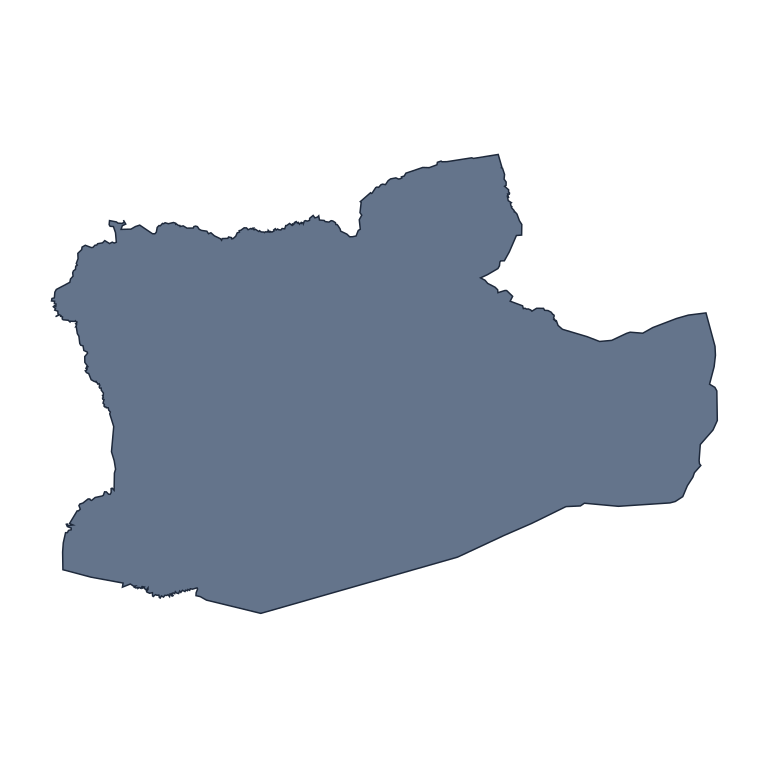 outline of Nueva Ecija, Nueva Ecija, Philippines, rotated 91°
{"feature_id": "2640588B46982966730152", "entity_name": "Nueva Ecija", "entity_type": "district", "adm_level": 2, "iso_a3": "PHL", "parent_name": "Philippines", "parent_adm1": "Nueva Ecija", "projection": "robinson", "projection_center": [120.823, 15.657], "detail": "fine", "context": "isolated", "style": "filled", "palette": "slate", "viewbox_px": 768, "rotation_deg": 91, "n_neighbors": 0, "source": "geoboundaries", "source_scale": "gbopen_adm2", "svg_char_len": 6125}
<svg xmlns="http://www.w3.org/2000/svg" viewBox="0 0 768 768"><g transform="rotate(91 384 384)"><path d="M615.5,503.2L555.8,307.4L533.6,261.9L520.9,234.1L503.4,199.9L502.5,185.5L499.7,181.6L502.2,147.5L497.9,96.0L496.4,90.7L491.4,83.3L480.4,78.9L471.7,73.5L467.3,72.1L459.9,65.8L458.2,67.2L454.9,67.6L439.0,66.7L424.2,54.2L414.7,50.1L385.1,51.1L381.6,53.1L378.5,58.5L360.9,54.2L349.5,53.1L340.5,53.7L307.3,63.3L309.8,80.9L313.4,92.7L322.9,116.3L328.7,126.2L327.9,138.8L329.1,142.3L336.4,157.1L337.7,169.2L333.1,181.8L326.2,206.5L322.4,211.0L317.9,212.7L318.2,213.4L317.3,213.6L317.4,214.4L316.5,215.4L316.1,214.8L315.0,215.6L312.9,215.0L311.7,215.6L311.5,216.4L309.3,218.1L307.7,221.3L307.5,224.7L305.6,225.8L305.6,232.7L308.6,237.4L307.4,238.6L306.4,241.2L306.7,242.6L305.8,244.3L306.2,246.0L303.4,246.8L299.0,259.3L294.1,256.9L288.4,263.0L288.4,264.7L290.7,271.7L287.8,272.0L285.3,274.6L281.6,282.1L278.5,284.8L276.2,289.3L272.9,282.5L266.6,272.1L263.8,270.6L260.1,270.3L258.9,269.5L258.7,265.8L249.7,261.0L233.2,254.2L232.7,249.0L222.1,249.0L218.5,251.4L211.8,254.0L209.7,255.9L209.7,256.7L208.2,257.0L205.5,259.6L204.5,259.2L203.7,260.2L201.2,260.7L200.5,259.8L198.5,263.0L195.7,263.6L195.3,262.9L194.6,263.9L193.9,263.9L194.0,263.1L191.9,263.7L192.0,262.0L190.9,261.8L189.8,262.8L187.6,262.8L184.2,266.9L183.3,265.4L179.9,265.4L177.1,267.5L172.4,267.1L166.1,269.3L165.7,270.4L164.9,270.0L152.5,273.8L156.9,298.5L156.3,300.2L160.6,324.9L160.8,329.9L160.1,330.8L161.4,334.5L163.9,334.9L166.9,342.6L166.8,349.0L172.8,365.8L175.7,367.4L176.6,370.2L177.7,369.8L178.6,371.7L178.8,373.1L177.7,375.7L178.8,381.0L180.6,383.4L184.6,386.0L184.2,388.9L184.8,390.5L187.5,392.8L187.2,394.5L187.8,395.7L193.3,399.2L193.7,400.0L193.0,400.8L202.1,410.9L202.8,410.0L213.1,411.0L215.6,409.2L220.2,411.6L229.7,410.4L230.9,412.4L236.5,414.5L237.3,418.2L237.4,420.9L234.8,423.7L231.9,430.0L229.9,430.5L226.7,432.6L225.4,433.7L225.4,434.9L223.5,435.4L221.9,438.0L221.6,439.7L223.1,441.9L222.6,445.7L221.5,446.7L221.2,451.4L217.0,452.2L218.3,453.4L219.1,456.0L216.7,457.8L219.6,461.2L221.7,461.3L222.5,463.5L222.0,465.4L222.5,466.5L225.1,467.4L224.4,467.6L223.9,469.3L224.9,469.3L224.5,470.3L225.6,471.3L224.8,471.6L224.9,472.5L224.0,472.6L224.4,473.6L223.1,474.6L223.9,476.0L224.5,475.1L224.3,476.3L225.7,476.9L225.5,478.3L226.1,478.6L226.5,477.8L227.1,478.6L225.1,481.2L227.3,484.1L227.3,485.0L230.6,486.0L230.3,488.6L231.8,489.8L231.6,492.0L230.9,493.0L231.9,494.5L230.6,495.4L231.9,497.0L232.8,496.6L234.1,498.7L233.5,500.1L234.2,500.6L232.5,502.3L233.9,502.2L233.5,503.2L234.1,503.5L233.9,505.1L234.7,506.2L234.2,506.7L234.1,509.5L232.9,511.1L233.7,511.8L231.5,515.4L232.1,516.6L231.3,517.2L230.4,516.8L230.5,518.1L231.4,518.8L230.8,519.8L232.1,522.6L230.3,524.2L230.3,526.6L232.8,529.9L233.2,531.5L234.7,531.2L235.4,533.4L238.8,534.8L241.3,537.5L241.5,538.8L240.3,539.0L239.7,542.0L241.1,542.7L241.4,548.3L243.1,548.9L241.6,550.1L238.8,556.2L235.8,559.7L236.8,562.1L234.3,563.8L233.6,569.2L232.5,571.5L229.9,573.3L229.4,575.1L229.9,576.8L231.4,577.5L231.6,583.7L229.4,587.5L230.1,590.6L229.1,590.8L229.0,592.4L227.6,594.3L227.9,595.0L226.9,595.1L226.2,597.3L227.5,602.4L226.6,605.7L227.6,607.1L227.3,608.3L229.7,610.4L229.5,611.7L231.4,613.5L236.2,614.3L237.8,615.7L237.8,618.1L229.4,631.0L230.9,635.3L233.6,639.8L234.0,649.6L230.3,648.4L228.6,645.0L224.7,647.4L226.5,646.5L228.0,648.5L227.8,652.8L226.6,654.4L225.4,661.3L229.5,661.6L231.1,660.6L231.3,657.3L237.4,655.1L246.9,654.1L247.8,656.2L246.9,658.2L248.4,660.8L245.5,665.7L247.8,667.9L248.7,672.7L250.1,673.7L250.3,675.4L252.5,677.4L252.7,679.0L250.5,685.1L252.4,688.3L254.9,688.6L258.7,692.4L264.0,692.1L268.9,693.8L270.5,692.8L271.6,694.3L274.8,694.5L276.3,696.5L278.3,697.2L281.6,696.8L284.5,699.3L287.8,699.9L295.2,713.3L297.9,714.7L303.6,715.1L304.3,717.5L306.8,717.9L307.0,714.8L309.4,715.0L309.7,713.4L312.1,713.5L311.4,714.8L312.5,716.0L314.3,713.8L315.9,714.5L316.9,711.4L319.4,711.2L320.3,710.3L322.4,713.6L320.5,709.7L321.2,708.2L322.0,708.5L322.6,706.6L324.5,706.9L325.4,705.9L325.8,700.8L327.5,699.0L326.7,698.5L326.8,694.1L326.2,693.7L327.3,692.7L327.0,691.6L327.9,692.6L329.2,692.4L329.2,693.2L330.5,692.5L332.2,693.3L332.1,692.7L339.0,691.5L341.6,689.9L348.8,688.9L350.5,687.9L351.1,685.6L355.7,684.7L357.3,681.2L358.5,681.0L361.8,683.7L367.6,683.5L371.8,680.4L372.0,681.5L373.1,681.3L372.8,681.9L373.6,682.3L374.6,681.3L375.5,681.7L376.0,682.9L377.8,681.7L378.8,679.4L384.8,676.9L386.6,673.6L386.5,671.9L387.1,672.1L387.7,670.8L389.0,670.3L388.7,668.8L389.7,668.8L390.1,668.1L392.0,668.7L393.1,668.1L393.1,666.7L395.1,666.6L397.9,664.4L400.2,664.5L400.4,665.2L402.1,664.4L403.0,665.2L404.1,664.9L404.4,663.7L408.1,664.6L409.4,663.2L410.9,663.6L411.8,662.8L411.7,661.8L412.6,661.3L412.6,659.3L414.9,658.8L416.8,657.1L418.6,657.7L431.3,653.5L456.5,655.3L465.5,652.4L473.9,650.9L477.8,652.0L494.9,652.0L492.9,654.0L493.3,655.0L497.2,654.9L499.1,655.9L499.0,657.5L496.7,659.7L496.7,661.5L500.2,662.7L500.9,663.9L502.5,670.8L505.5,674.3L505.1,675.5L504.1,676.1L504.1,677.9L508.3,683.0L509.3,686.0L510.9,686.9L514.5,685.5L516.2,687.3L516.2,688.6L529.0,696.0L530.4,692.5L531.1,697.0L529.5,698.3L529.8,699.2L532.1,698.1L533.5,694.2L535.2,694.2L535.9,696.9L538.1,697.9L538.2,699.8L548.4,701.9L557.7,702.4L575.3,701.8L582.3,673.4L587.6,641.4L591.7,642.0L588.4,634.1L590.6,630.7L590.4,628.9L591.5,630.1L592.3,628.5L591.8,626.8L592.7,626.5L591.7,625.4L592.5,623.6L590.7,622.3L590.9,621.4L592.2,621.8L591.3,620.0L592.3,620.2L594.3,618.1L592.0,616.4L593.5,616.4L595.4,617.8L596.2,617.4L597.3,614.7L596.7,611.9L599.9,611.7L600.5,611.0L598.6,608.8L599.2,607.4L599.0,605.4L601.4,604.9L601.9,604.0L599.8,602.9L600.9,600.7L599.1,599.4L599.2,597.5L598.4,596.3L600.3,594.7L597.6,594.2L597.7,593.4L599.5,592.6L599.7,591.6L599.0,591.1L597.9,592.5L597.1,592.4L596.6,591.1L597.3,589.6L595.3,589.0L596.6,587.7L597.1,585.7L594.6,584.7L595.9,583.5L593.8,581.9L595.0,579.4L593.6,578.6L594.1,576.9L592.9,576.5L593.7,574.7L592.1,574.1L592.5,572.0L591.1,567.4L592.2,566.8L596.0,568.2L598.9,568.3L599.8,564.0L603.2,557.7L615.5,503.2Z" fill="#64748b" stroke="#1e293b" stroke-width="1.5"/></g></svg>